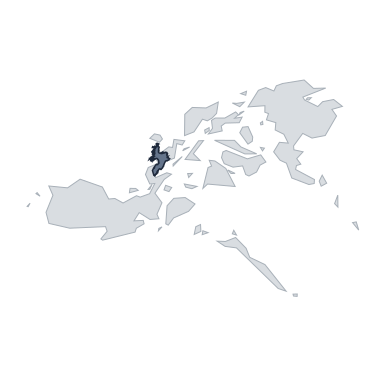 Camarines Sur, Camarines Sur, Philippines shown in context, rotated 268°
{"feature_id": "2640588B57655195310467", "entity_name": "Camarines Sur", "entity_type": "district", "adm_level": 2, "iso_a3": "PHL", "parent_name": "Philippines", "parent_adm1": "Camarines Sur", "projection": "mercator", "projection_center": [123.465, 13.694], "detail": "fine", "context": "in_parent", "style": "filled", "palette": "slate", "viewbox_px": 384, "rotation_deg": 268, "n_neighbors": 0, "source": "geoboundaries", "source_scale": "gbopen_adm2", "svg_char_len": 8976}
<svg xmlns="http://www.w3.org/2000/svg" viewBox="0 0 384 384"><g transform="rotate(268 192 192)"><path d="M176.8,45.4L193.6,52.9L203.0,49.1L200.5,67.8L208.7,80.6L200.1,102.6L187.9,108.5L188.2,114.7L183.4,122.7L190.2,136.4L188.7,140.0L191.8,149.6L201.8,155.1L201.5,150.1L211.1,146.1L218.0,149.1L221.8,159.3L226.2,157.3L226.7,152.1L237.9,157.3L237.7,159.9L231.9,161.7L237.9,170.4L237.2,174.1L245.2,175.8L243.4,186.6L239.3,183.8L240.9,178.5L226.5,175.6L223.2,166.4L210.4,155.6L207.6,156.1L212.1,167.5L210.5,172.1L205.5,164.6L192.1,154.9L182.3,161.6L171.0,156.2L166.4,158.0L166.0,149.1L173.2,138.5L165.2,133.0L165.3,142.3L161.9,143.0L157.7,135.1L153.9,133.7L147.0,101.0L148.3,99.3L155.7,105.8L160.4,104.4L160.1,68.5L165.6,47.9L176.8,45.4ZM275.1,251.0L291.3,261.9L293.8,269.3L290.1,277.4L295.2,280.0L297.3,286.4L300.0,308.0L291.3,317.0L291.2,329.3L283.0,306.1L280.0,307.7L273.0,320.7L277.7,325.7L279.5,336.8L272.3,345.3L269.7,334.7L262.9,339.1L243.8,327.1L241.7,313.8L246.7,304.7L234.5,295.1L230.6,295.3L228.3,304.4L221.7,297.8L216.0,301.7L214.8,297.3L210.9,296.3L200.2,314.8L196.2,314.4L195.4,309.1L202.5,292.2L217.5,287.4L220.7,281.1L229.3,275.0L238.6,281.1L237.5,289.9L246.5,285.8L251.1,277.3L258.4,278.2L261.5,268.9L267.7,271.2L269.2,267.6L275.7,267.9L275.1,251.0ZM226.7,262.0L219.4,266.9L216.5,261.0L209.7,257.2L206.0,249.5L207.6,246.3L216.3,243.5L215.4,233.9L219.2,225.2L225.3,222.7L231.0,224.3L232.3,227.6L223.2,248.5L226.7,262.0ZM269.9,187.5L276.5,195.2L275.5,209.0L281.0,221.4L269.7,219.3L265.3,214.8L262.6,209.8L264.4,205.0L252.0,196.1L248.6,186.5L269.9,187.5ZM195.2,203.0L215.9,208.9L217.2,212.5L223.1,210.3L222.2,216.0L214.4,226.6L196.0,235.3L199.4,207.8L195.2,203.0ZM116.9,262.4L89.6,282.6L92.5,274.8L134.6,234.5L136.5,223.2L142.0,215.4L141.4,223.7L145.0,234.0L133.9,244.1L124.7,247.4L116.9,262.4ZM161.1,164.7L179.1,166.6L186.3,173.6L186.7,185.0L179.9,194.6L172.8,187.9L166.7,172.7L159.7,167.1L161.1,164.7ZM254.9,214.7L262.9,214.0L265.1,217.7L264.8,227.5L270.5,238.4L267.7,241.1L264.2,237.1L265.1,244.7L259.6,241.6L259.7,227.6L256.9,223.5L252.0,224.3L249.4,210.3L254.9,214.7ZM227.9,258.0L228.2,246.2L242.9,216.3L242.1,236.3L235.3,242.5L227.9,258.0ZM255.4,250.3L244.8,254.6L240.6,254.0L237.9,249.6L249.6,241.8L255.0,244.8L255.4,250.3ZM224.8,186.2L242.9,200.4L243.0,205.3L230.2,194.7L223.1,201.3L224.8,186.2ZM250.0,162.0L246.0,164.3L242.9,161.3L247.1,151.7L251.4,156.5L250.0,162.0ZM204.3,322.7L196.1,326.9L193.3,321.3L198.4,319.5L204.3,322.7ZM149.5,192.7L157.2,194.6L159.2,199.4L152.3,199.5L149.5,192.7ZM195.1,164.1L199.6,165.9L197.2,171.9L193.2,169.0L195.1,164.1ZM175.4,334.1L183.8,337.6L171.8,337.3L175.4,334.1ZM280.0,247.4L275.6,242.7L279.5,235.4L279.0,239.8L280.0,247.4ZM200.3,184.6L197.4,197.2L195.3,192.0L197.1,185.9L200.3,184.6ZM155.8,351.4L156.4,355.1L148.1,357.3L155.8,351.4ZM197.8,130.2L197.5,135.9L195.5,138.3L193.4,129.4L197.8,130.2ZM212.8,228.5L209.1,235.7L209.1,231.6L212.8,228.5ZM152.9,201.5L150.8,206.7L149.0,200.7L152.9,201.5ZM255.7,211.3L252.9,211.4L250.1,207.3L253.5,206.8L255.7,211.3ZM210.6,188.3L210.6,193.1L206.6,189.2L210.6,188.3ZM290.8,250.0L286.8,249.1L288.6,244.1L290.8,250.0ZM220.5,174.0L227.8,183.5L218.6,174.1L220.5,174.0ZM152.3,232.4L147.4,235.0L148.8,230.8L152.3,232.4ZM234.2,261.9L233.3,265.9L230.6,263.9L234.2,261.9ZM235.5,185.6L237.0,191.2L233.5,184.1L235.5,185.6ZM86.4,293.6L84.0,293.4L84.5,289.8L86.4,289.4L86.4,293.6ZM260.1,265.0L257.0,265.2L256.7,263.1L258.6,262.7L260.1,265.0ZM282.1,314.5L279.8,312.0L280.6,309.4L282.1,310.7L282.1,314.5ZM156.8,157.6L158.2,160.8L154.4,157.1L156.8,157.6ZM269.7,242.8L271.0,247.0L267.5,241.9L269.7,242.8ZM196.8,37.2L193.1,40.0L195.8,36.0L196.8,37.2ZM201.0,152.4L196.1,149.9L196.1,148.2L201.0,152.4ZM183.4,26.7L186.5,29.8L183.0,27.7L183.4,26.7Z" fill="#d9dde1" stroke="#a8b0b8" stroke-width="1"/><path d="M224.8,153.4L224.7,153.6L224.8,153.6L224.9,153.8L225.0,153.8L224.9,153.8L224.6,153.7L224.8,154.2L225.5,154.4L225.4,154.7L225.8,154.7L226.1,155.2L226.5,155.1L226.6,154.6L226.8,154.6L226.8,154.3L226.9,154.5L227.0,154.0L227.1,153.9L227.0,154.1L227.2,154.4L227.0,154.9L226.8,155.0L226.8,154.9L226.7,155.3L226.2,155.7L225.9,155.9L226.8,157.4L226.8,158.1L226.4,158.6L225.9,158.8L226.0,158.9L225.7,159.3L225.2,159.5L224.4,159.8L222.6,159.8L222.2,160.0L222.1,159.6L220.6,158.7L220.6,157.7L220.9,157.3L218.6,155.4L217.8,155.4L217.8,154.9L217.3,154.9L217.4,154.7L217.1,154.3L216.2,154.0L214.9,153.2L210.2,154.4L209.5,154.7L209.4,154.7L209.8,154.9L209.7,155.2L209.5,155.3L209.8,155.7L210.4,156.0L210.7,155.8L211.2,156.3L211.5,156.2L211.3,156.3L211.7,156.9L211.4,157.2L211.7,157.3L211.7,157.6L212.3,158.0L212.3,157.5L212.8,157.8L212.9,157.6L213.3,157.7L213.9,158.1L213.9,158.3L214.3,158.5L213.8,158.5L213.7,158.6L214.4,158.7L214.6,159.0L215.8,159.6L216.4,160.7L216.2,160.9L215.6,161.6L215.0,161.6L215.8,161.8L215.8,162.1L216.9,163.0L217.0,163.3L217.5,163.4L217.8,163.8L218.4,163.9L219.0,164.6L219.6,164.5L220.3,165.0L220.6,164.9L223.8,166.6L224.2,167.5L224.2,168.0L224.1,168.4L224.7,169.2L224.9,169.9L225.9,170.6L225.9,170.4L227.5,169.5L227.4,169.2L227.1,169.4L226.9,169.1L227.2,168.4L227.5,168.3L228.1,168.7L227.9,168.8L228.4,168.7L228.6,169.0L228.6,168.6L229.3,168.2L229.8,168.1L230.3,168.3L230.4,168.1L230.4,168.3L230.6,168.2L230.5,168.5L230.9,168.8L231.0,168.6L231.9,168.5L232.4,168.2L232.5,167.8L232.7,166.8L232.6,166.3L231.8,165.4L231.8,164.7L233.0,164.5L233.1,164.4L232.9,164.1L232.6,164.0L232.7,163.8L232.3,163.6L231.8,163.9L231.5,163.6L231.4,163.3L231.9,162.7L231.6,162.5L231.6,162.1L232.1,160.6L232.8,159.9L232.5,159.9L233.5,159.9L234.3,160.3L234.6,160.0L235.0,160.0L235.6,160.2L236.4,160.2L237.6,160.7L238.3,160.5L239.1,159.6L240.5,160.0L240.4,159.8L240.6,159.6L240.8,159.9L241.2,159.8L241.3,160.2L241.5,159.9L241.3,159.7L241.5,159.5L241.3,159.4L241.3,159.2L240.9,159.2L241.0,158.9L240.6,158.8L240.9,158.5L240.7,158.2L240.1,158.4L239.6,158.2L239.0,157.5L238.6,157.9L238.6,157.7L237.8,157.5L237.6,157.0L237.1,157.1L236.9,157.0L237.1,156.7L236.6,156.6L236.2,156.0L236.0,155.5L235.6,154.9L235.4,154.8L235.7,155.3L235.3,155.5L235.4,156.1L234.8,156.3L234.5,156.2L234.4,155.9L234.4,156.0L234.1,156.0L233.0,156.0L233.0,155.8L232.8,155.9L232.9,155.5L232.6,155.5L232.6,155.8L232.4,155.4L232.1,155.4L231.8,155.1L231.6,155.3L231.8,155.4L231.7,155.6L231.4,155.4L231.2,155.5L231.3,155.2L231.1,155.1L230.6,155.5L230.7,155.3L230.5,155.2L230.8,154.8L230.5,154.9L230.1,154.4L229.6,154.4L229.5,154.9L229.6,155.0L229.8,154.9L229.7,155.3L229.2,155.2L229.1,155.3L229.1,155.1L228.9,155.1L228.8,154.8L228.7,154.8L228.9,154.6L228.9,153.9L228.6,153.7L228.6,154.0L228.4,153.7L228.6,153.6L228.6,153.3L228.1,153.3L228.4,153.1L228.3,152.7L228.0,153.0L227.7,153.1L227.7,153.3L227.4,153.3L227.4,153.0L227.2,153.2L227.4,152.6L227.5,152.7L227.9,152.6L227.5,152.2L227.6,151.7L227.3,151.5L227.2,151.1L226.9,151.5L227.2,151.5L227.3,151.9L226.8,152.0L226.6,151.8L226.7,152.6L225.8,151.8L225.3,151.8L225.7,152.2L225.8,152.7L224.7,152.9L225.4,153.1L225.6,153.2L225.3,153.3L225.4,153.5L225.5,153.4L225.6,153.5L224.8,153.4ZM234.0,154.0L233.9,154.0L234.2,154.1L234.4,154.7L233.8,154.3L233.9,154.6L233.6,154.5L233.7,154.8L233.4,154.7L233.2,154.8L233.1,154.7L233.2,154.4L232.9,154.8L233.2,154.9L232.9,155.0L233.2,155.2L233.0,155.5L233.3,155.4L233.6,155.5L233.4,155.6L233.6,155.6L234.1,155.4L234.3,155.0L234.8,154.8L234.6,154.3L234.4,154.4L234.3,154.2L234.0,154.0ZM237.9,154.0L237.9,154.6L237.7,154.8L237.9,154.9L237.9,155.2L237.8,155.5L238.0,155.5L238.2,156.1L238.4,155.9L238.2,155.0L238.2,154.7L238.4,154.8L238.3,154.3L238.4,154.2L237.9,154.0ZM226.2,150.5L226.5,151.0L226.7,151.4L226.9,150.9L226.2,150.5ZM232.5,154.2L232.0,154.5L232.3,154.6L232.3,154.9L232.5,155.1L232.3,154.8L232.5,154.6L232.5,154.2ZM232.1,153.6L232.5,154.2L232.6,153.8L232.4,153.9L232.1,153.6ZM238.8,156.2L238.4,156.6L238.6,156.8L238.8,156.2ZM237.2,156.0L237.3,156.3L237.3,156.6L237.4,156.4L237.2,156.0ZM238.8,154.3L238.7,154.3L238.9,154.5L239.1,154.7L238.8,154.3ZM232.6,155.0L232.9,155.4L233.0,155.3L232.6,155.0ZM231.2,153.8L231.1,154.0L231.4,153.9L231.2,153.8ZM232.4,162.9L232.2,163.1L232.5,163.2L232.4,162.9ZM238.7,157.2L238.4,157.2L238.6,157.5L238.7,157.2ZM213.8,158.5L213.5,158.5L213.3,158.6L213.6,158.7L213.8,158.5ZM224.3,152.8L224.2,152.9L224.6,152.9L224.3,152.8ZM238.2,156.2L238.1,156.4L238.3,156.5L238.3,156.4L238.2,156.2ZM238.9,156.6L238.7,156.6L238.8,156.8L238.9,156.6ZM241.7,158.3L241.7,158.5L241.8,158.5L241.8,158.4L241.7,158.3ZM233.9,153.6L233.8,153.8L234.0,153.7L233.9,153.6ZM238.4,156.1L238.3,156.3L238.4,156.1ZM232.1,154.2L231.8,154.1L232.1,154.2L232.1,154.2ZM238.4,156.4L238.3,156.5L238.4,156.4ZM231.3,154.3L231.2,154.3L231.3,154.3ZM241.0,158.7L240.8,158.7L241.0,158.7L241.0,158.7ZM224.6,154.2L224.7,154.3L224.8,154.3L224.6,154.2ZM238.5,157.0L238.4,157.1L238.5,157.0ZM231.8,154.1L231.7,154.0L231.8,154.1ZM225.0,159.5L225.0,159.3L225.0,159.5ZM238.8,156.1L238.7,156.1L238.8,156.1ZM233.7,155.8L233.8,155.8L233.7,155.8ZM241.8,158.7L241.8,158.8L241.8,158.7ZM237.7,156.4L237.7,156.5L237.7,156.4Z" fill="#64748b" stroke="#1e293b" stroke-width="1.5"/></g></svg>